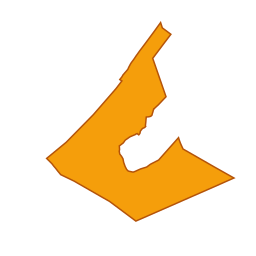 outline of Burg al-Arab, Matruh, Egypt, rotated 343°
{"feature_id": "37247803B42052057109088", "entity_name": "Burg al-Arab", "entity_type": "district", "adm_level": 2, "iso_a3": "EGY", "parent_name": "Egypt", "parent_adm1": "Matruh", "projection": "albers", "projection_center": [29.569, 30.901], "detail": "fine", "context": "isolated", "style": "filled", "palette": "amber", "viewbox_px": 256, "rotation_deg": 343, "n_neighbors": 0, "source": "geoboundaries", "source_scale": "gbopen_adm2", "svg_char_len": 2158}
<svg xmlns="http://www.w3.org/2000/svg" viewBox="0 0 256 256"><g transform="rotate(343 128 128)"><path d="M167.3,212.4L202.3,208.3L203.7,208.1L214.7,206.8L198.7,190.0L174.5,164.2L174.1,161.3L173.7,158.0L173.5,154.6L173.5,152.0L147.9,167.6L138.9,169.2L134.4,170.8L128.3,170.8L125.8,171.1L122.0,171.6L120.0,171.7L115.7,169.3L114.6,167.3L114.0,164.0L113.8,159.6L114.2,156.0L113.6,153.4L112.5,150.5L112.8,147.7L113.6,146.2L114.5,142.5L115.3,142.3L118.3,141.2L118.7,141.1L119.0,140.9L119.5,140.6L120.3,140.0L120.6,139.8L121.1,139.3L121.4,139.1L121.5,139.0L121.7,138.9L122.3,138.6L124.7,137.9L125.7,137.5L127.1,137.1L127.3,137.0L127.6,137.0L128.2,136.9L133.1,136.4L133.9,136.1L134.3,136.0L134.6,136.1L135.1,136.0L135.5,136.6L135.6,136.8L136.3,137.7L136.9,137.3L137.2,137.1L137.6,136.8L137.9,136.5L138.1,136.2L138.2,135.9L138.4,135.6L138.6,135.2L139.0,134.6L139.2,134.4L139.9,133.9L141.1,133.1L141.5,132.8L141.8,132.7L142.4,132.6L143.3,132.5L143.5,132.5L143.9,132.4L144.3,132.3L144.5,132.2L145.2,131.7L145.4,131.6L145.3,131.2L145.4,130.8L145.5,130.4L146.2,128.9L146.2,128.7L146.7,127.7L147.3,126.1L148.0,124.4L148.3,123.8L148.6,122.9L149.0,122.9L149.9,123.1L151.5,123.4L151.8,123.4L152.0,123.4L152.7,123.4L153.1,123.5L153.2,123.4L153.3,123.4L153.9,123.1L154.5,122.9L155.1,122.0L155.8,120.9L156.5,119.9L157.1,118.9L157.2,118.7L157.7,118.0L157.9,117.7L158.1,117.4L158.2,117.5L158.3,117.4L158.6,117.3L159.1,117.0L159.2,116.9L162.3,115.4L163.6,114.8L164.5,114.3L173.5,109.2L173.4,106.6L172.0,68.6L188.1,56.9L196.4,50.9L190.1,42.3L190.0,36.7L180.5,43.9L169.4,52.1L166.1,54.5L161.4,57.9L157.8,60.7L157.3,61.0L157.1,61.2L154.4,63.4L153.4,64.2L150.5,66.3L149.0,67.6L147.7,68.9L147.5,69.1L146.5,70.1L145.7,71.0L145.5,71.3L144.9,71.9L143.8,72.6L142.6,73.4L141.4,74.1L139.4,75.4L138.7,75.8L137.4,77.1L136.0,78.1L134.8,78.9L134.3,79.3L135.9,81.2L128.1,86.8L98.8,105.1L64.7,123.6L41.3,133.3L44.8,139.9L45.7,142.3L46.0,143.1L46.8,144.9L46.9,145.1L48.3,148.8L49.9,152.6L49.9,152.8L51.6,154.4L56.7,159.1L58.2,160.5L60.9,163.0L61.1,163.2L65.1,167.5L83.2,186.8L88.7,192.6L88.8,192.7L108.3,219.3L166.5,212.5L167.3,212.4Z" fill="#f59e0b" stroke="#b45309" stroke-width="1.5"/></g></svg>